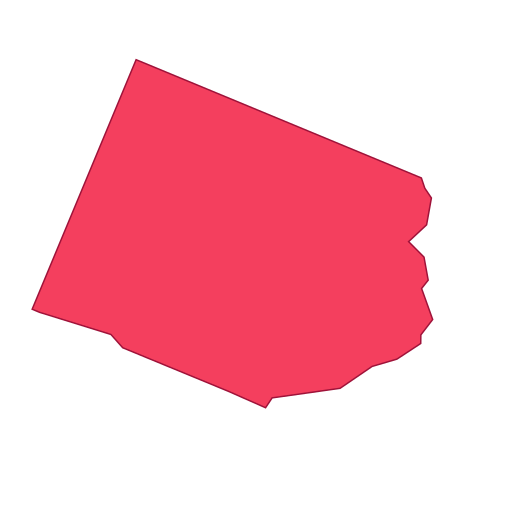 Dooly, Georgia, United States of America, rotated 202°
{"feature_id": "52423323B79828539547884", "entity_name": "Dooly", "entity_type": "district", "adm_level": 2, "iso_a3": "USA", "parent_name": "United States of America", "parent_adm1": "Georgia", "projection": "mercator", "projection_center": [-83.877, 32.16], "detail": "fine", "context": "isolated", "style": "filled", "palette": "rose", "viewbox_px": 512, "rotation_deg": 202, "n_neighbors": 0, "source": "geoboundaries", "source_scale": "gbopen_adm2", "svg_char_len": 452}
<svg xmlns="http://www.w3.org/2000/svg" viewBox="0 0 512 512"><g transform="rotate(202 256 256)"><path d="M440.7,393.1L441.7,299.3L443.6,122.8L435.5,122.7L361.1,128.9L345.2,121.0L231.0,120.2L190.3,118.9L187.9,130.5L128.5,164.8L107.0,197.1L86.7,213.2L70.5,236.6L73.6,244.6L68.4,263.3L90.3,287.9L87.3,298.1L99.8,317.9L119.9,326.5L109.5,348.8L115.1,375.5L124.9,382.1L131.9,390.3L440.7,393.1Z" fill="#f43f5e" stroke="#9f1239" stroke-width="1.5"/></g></svg>